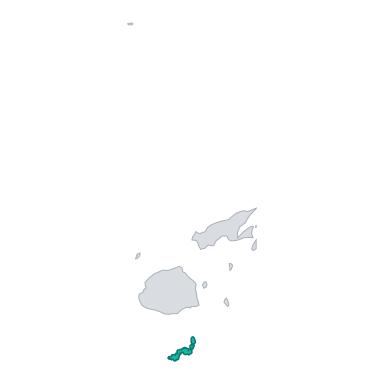 Kadavu, Fiji (highlighted)
{"feature_id": "14151628B61046117406534", "entity_name": "Kadavu", "entity_type": "district", "adm_level": 2, "iso_a3": "FJI", "parent_name": "Fiji", "parent_adm1": "", "projection": "natural_earth1", "projection_center": [178.202, -18.951], "detail": "fine", "context": "in_parent", "style": "filled", "palette": "teal", "viewbox_px": 384, "rotation_deg": 0, "n_neighbors": 0, "source": "geoboundaries", "source_scale": "gbopen_adm2", "svg_char_len": 5296}
<svg xmlns="http://www.w3.org/2000/svg" viewBox="0 0 384 384"><path d="M182.6,269.3L182.6,271.6L183.8,272.5L185.1,272.7L188.2,276.9L193.0,280.6L195.9,283.4L196.1,285.8L195.2,288.3L196.4,292.9L197.0,297.6L199.1,305.0L196.1,306.5L191.4,306.6L190.3,308.0L188.7,307.2L184.8,307.8L181.0,310.2L177.4,313.6L173.3,313.6L168.7,314.3L164.1,313.8L160.8,312.0L155.1,310.1L147.4,308.4L144.3,307.0L141.6,304.9L139.1,299.4L138.8,296.7L139.2,294.1L141.4,293.2L143.3,291.9L143.5,290.2L144.3,289.0L145.4,288.6L146.0,287.7L145.2,285.0L145.0,282.4L149.4,277.8L154.3,273.8L162.8,270.2L168.0,270.5L176.0,267.7L178.6,266.4L181.2,267.2L182.6,269.3ZM256.2,208.7L249.7,215.4L247.4,218.9L245.4,222.7L239.9,226.8L237.5,232.3L237.7,237.9L243.2,232.1L249.4,227.3L251.3,226.4L253.2,226.4L253.1,228.0L252.2,229.6L251.5,233.8L253.1,237.7L248.5,237.4L244.0,237.7L238.6,239.9L233.3,240.8L231.3,240.9L229.4,240.1L228.2,239.0L227.2,236.4L226.2,236.0L222.0,236.1L215.8,241.2L213.7,245.6L211.3,245.8L208.4,244.9L204.9,248.2L200.8,249.4L199.0,246.6L197.9,243.1L196.4,240.6L191.9,239.9L192.6,236.8L193.8,235.5L194.9,233.7L195.6,231.6L197.7,232.9L200.0,233.8L202.5,232.2L205.0,232.0L207.6,227.4L211.7,224.6L217.3,222.3L223.0,220.7L226.0,220.3L228.8,219.4L233.8,215.1L237.0,212.8L240.6,211.5L244.0,210.7L247.2,211.4L249.7,211.0L256.3,208.0L256.2,208.7ZM191.4,350.0L191.4,352.2L185.9,353.7L184.1,351.9L182.9,351.5L179.6,354.7L178.7,356.0L178.4,357.0L177.5,357.5L171.5,359.0L168.9,357.5L170.6,356.4L172.8,354.4L175.1,354.7L177.3,352.8L179.5,349.8L182.6,349.2L184.9,348.1L188.5,348.9L191.4,350.0ZM256.2,248.7L253.0,250.6L251.7,248.8L253.2,244.4L256.2,239.8L256.1,243.5L256.2,248.7ZM228.2,306.1L227.8,306.5L224.1,302.5L224.3,300.9L224.9,299.5L226.4,298.1L227.7,300.4L228.8,304.3L228.2,306.1ZM206.0,287.3L203.8,288.2L202.5,285.1L204.2,282.0L206.1,281.8L207.0,284.9L206.0,287.3ZM231.4,269.1L230.0,270.4L229.3,263.5L230.8,263.6L231.9,264.3L232.5,266.0L231.4,269.1ZM137.8,258.0L135.6,258.9L136.8,254.8L138.0,253.6L138.8,253.3L140.1,253.1L139.6,255.9L137.8,258.0ZM132.7,24.5L131.0,25.0L128.3,24.6L127.7,23.8L128.6,23.6L130.4,23.0L132.6,23.3L132.9,23.8L132.7,24.5ZM256.2,227.4L255.7,227.5L255.6,226.5L256.2,224.9L256.2,227.4Z" fill="#d9dde1" stroke="#a8b0b8" stroke-width="1"/><path d="M185.1,348.0L184.9,348.0L185.0,347.9L185.0,347.7L184.9,347.7L184.7,347.5L184.4,347.7L183.8,347.7L183.6,348.1L183.4,348.2L182.7,348.5L182.4,348.5L182.4,348.8L182.4,349.0L182.2,349.1L181.8,349.5L181.7,349.4L181.5,349.2L181.2,349.2L181.0,349.3L180.5,349.4L180.1,349.5L179.5,349.7L179.2,350.0L178.8,350.0L178.4,350.2L177.9,350.0L177.7,350.1L177.4,350.5L177.2,350.7L177.0,351.1L177.0,351.8L177.0,352.1L177.2,352.3L177.3,352.4L177.3,352.6L177.3,352.8L177.3,353.0L177.2,353.1L177.2,353.3L177.2,353.5L176.9,353.7L176.7,353.6L176.4,353.5L176.4,353.4L176.0,353.3L175.8,353.4L175.8,353.5L175.7,353.6L175.5,353.9L175.4,354.2L175.5,354.7L175.4,354.9L175.1,355.1L174.8,355.0L174.6,354.9L174.5,354.7L174.4,354.7L174.0,354.7L173.6,354.7L173.3,354.7L173.2,354.8L172.8,354.8L172.7,354.8L172.3,354.8L172.1,354.9L171.9,355.0L171.7,355.1L171.6,355.3L171.6,355.6L171.5,355.9L171.5,356.0L171.4,356.2L171.3,356.3L171.2,356.4L171.2,356.5L170.9,356.6L170.7,356.6L170.3,356.7L170.1,356.6L169.9,356.6L169.7,356.7L169.5,356.8L169.4,356.9L169.2,356.8L168.8,356.8L168.7,356.8L168.7,357.0L168.6,357.3L168.6,357.5L168.3,357.5L168.1,357.6L168.1,357.8L168.2,358.1L168.2,358.4L168.3,358.5L168.5,358.6L168.7,358.4L169.1,358.5L169.1,358.8L169.1,359.1L169.4,359.2L169.7,358.9L170.1,358.8L170.3,358.9L170.5,358.9L170.7,359.0L170.6,359.3L170.9,359.5L171.0,359.6L171.4,359.7L171.4,359.4L171.3,359.2L171.4,359.3L172.0,359.2L172.1,359.4L172.4,359.5L172.6,359.5L172.8,359.4L173.0,359.4L173.3,359.8L173.6,360.4L174.9,361.0L175.9,360.7L176.4,360.2L176.5,359.6L177.0,359.7L177.3,359.7L177.6,359.6L178.2,359.4L178.3,359.3L178.5,359.1L178.5,358.9L178.7,358.7L178.6,358.4L178.6,357.9L178.8,357.6L179.1,357.3L179.1,356.7L179.3,356.0L179.4,355.5L179.4,355.1L179.2,354.6L179.3,354.5L179.9,354.6L180.8,354.1L181.1,353.8L181.2,353.5L180.9,352.9L180.6,352.8L180.7,352.7L180.9,352.6L181.2,352.7L181.3,352.6L181.4,352.8L181.5,352.7L182.1,352.6L182.6,352.5L183.0,352.2L184.2,354.4L184.3,354.5L185.4,354.5L185.7,354.5L186.1,354.5L186.4,354.5L187.0,354.3L187.5,354.3L187.8,354.3L188.1,354.3L188.8,354.9L190.0,354.0L190.8,353.8L191.2,353.5L191.6,353.1L191.9,352.7L191.9,352.0L191.9,351.4L191.8,350.1L190.8,350.0L190.8,349.7L190.7,349.6L190.2,349.6L189.9,349.2L189.7,349.0L189.1,349.1L188.9,349.2L188.7,349.3L188.4,349.8L188.4,349.7L188.5,349.4L188.4,348.9L188.3,348.7L188.1,348.6L187.8,348.5L187.4,348.5L186.8,348.5L186.4,348.1L186.2,347.9L186.1,348.0L186.0,347.9L185.9,347.9L185.9,348.0L185.7,348.0L185.4,348.1L185.2,348.0L185.1,348.0ZM194.1,343.8L194.9,343.1L195.3,342.6L195.2,341.2L194.8,339.6L194.0,337.6L193.0,336.8L191.8,337.3L191.2,338.6L191.1,341.6L191.3,342.8L192.0,343.7L193.3,343.9L194.1,343.8ZM193.9,344.3L193.4,344.0L192.9,344.2L192.1,345.0L191.9,345.2L191.7,345.1L191.9,344.8L191.8,344.5L191.6,344.5L191.4,344.6L191.1,344.8L190.8,345.0L190.6,345.1L190.4,345.3L190.0,345.7L189.9,346.0L189.8,346.3L189.9,346.8L190.0,347.3L190.2,347.8L191.4,348.7L192.3,348.9L192.9,348.9L193.2,348.3L193.5,347.6L193.4,347.1L193.3,346.8L193.9,346.4L194.2,345.9L193.9,344.3Z" fill="#14b8a6" stroke="#0f766e" stroke-width="1.5"/></svg>